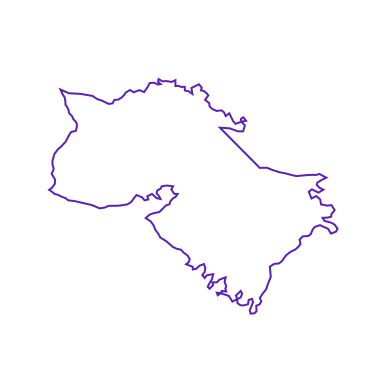 Renascença, Paraná, Brazil, rotated 102°
{"feature_id": "56859067B237930900866", "entity_name": "Renascença", "entity_type": "district", "adm_level": 2, "iso_a3": "BRA", "parent_name": "Brazil", "parent_adm1": "Paraná", "projection": "natural_earth1", "projection_center": [-52.94, -26.22], "detail": "fine", "context": "isolated", "style": "outline", "palette": "violet", "viewbox_px": 384, "rotation_deg": 102, "n_neighbors": 0, "source": "geoboundaries", "source_scale": "gbopen_adm2", "svg_char_len": 3400}
<svg xmlns="http://www.w3.org/2000/svg" viewBox="0 0 384 384"><g transform="rotate(102 192 192)"><path d="M200.7,42.8L197.7,42.0L194.3,45.6L193.1,49.1L192.7,56.4L190.1,58.9L188.9,54.2L187.2,50.7L184.7,51.0L180.0,48.7L175.9,52.8L177.2,57.0L177.3,63.2L172.6,65.1L170.1,69.6L173.5,73.8L170.5,75.8L167.5,77.8L164.5,75.3L166.3,68.1L162.5,64.0L161.3,68.2L159.3,71.3L156.8,71.4L154.2,68.7L150.0,63.6L149.3,66.4L147.9,71.2L149.7,74.6L150.1,77.6L151.8,83.8L154.8,93.4L154.6,99.3L154.3,105.5L154.5,110.2L153.7,118.2L152.7,123.5L154.3,130.8L138.1,155.5L123.3,178.0L122.6,173.6L121.9,168.1L123.1,159.9L122.1,154.7L119.3,154.4L115.9,154.1L113.0,158.3L116.3,163.6L114.2,166.4L107.3,171.9L110.7,174.8L107.5,177.2L106.0,180.2L107.6,184.9L106.6,189.5L104.6,192.6L101.5,193.6L99.1,198.4L94.1,196.1L92.4,198.2L90.8,201.3L90.7,204.4L87.9,204.1L85.2,207.6L90.4,214.2L96.0,212.0L94.2,216.2L94.2,220.1L90.6,220.9L91.5,224.4L91.0,227.2L91.8,230.2L86.1,231.5L88.5,234.6L88.9,240.4L89.9,243.9L88.5,248.1L91.3,248.1L93.0,245.2L94.0,248.0L93.0,251.9L94.2,256.0L98.8,257.3L104.2,259.6L103.3,264.7L106.6,269.8L105.1,273.8L108.6,277.6L111.2,278.5L114.2,280.4L116.9,283.2L118.1,287.1L121.8,288.1L123.2,291.8L122.1,296.1L121.4,299.2L120.8,304.2L118.7,309.3L119.2,321.4L121.0,333.0L119.1,342.0L122.9,339.2L126.0,336.2L129.4,334.8L132.9,333.9L135.2,331.5L138.0,329.6L140.6,328.5L142.5,325.4L145.6,323.0L147.4,320.3L149.5,318.7L153.0,318.1L156.4,318.4L158.5,322.8L162.7,324.3L169.0,326.0L175.5,330.0L178.0,332.0L183.4,334.5L186.9,334.7L190.2,335.0L194.7,334.0L197.7,332.2L200.3,332.3L203.3,333.1L205.9,330.7L208.4,328.5L212.6,327.9L216.9,329.8L219.6,332.2L220.8,329.2L222.6,325.7L222.6,322.4L223.5,319.5L224.4,314.4L225.9,311.2L225.3,304.9L225.6,287.2L227.2,278.8L225.1,273.6L222.9,270.8L221.2,263.0L219.6,257.8L217.4,252.4L214.4,249.4L210.2,247.5L206.5,245.7L207.6,239.7L210.0,236.7L208.4,233.2L205.4,234.8L202.2,230.7L205.4,225.2L205.4,221.4L203.3,222.9L200.7,226.3L197.7,226.3L195.3,223.4L192.8,222.9L190.9,218.0L190.4,211.7L193.6,212.8L197.4,209.2L196.9,205.7L200.3,207.1L202.0,209.2L205.8,211.3L208.7,211.5L210.5,214.7L213.9,216.8L218.3,219.7L221.4,226.4L223.3,229.1L227.2,231.8L229.3,226.4L232.5,222.7L236.4,220.1L240.6,215.6L243.1,213.6L245.4,207.1L248.3,201.9L249.7,199.4L250.7,195.1L250.7,190.9L253.0,187.6L255.1,183.0L258.4,180.2L261.4,180.7L263.9,182.7L264.4,179.9L264.9,175.8L267.6,175.1L266.1,171.8L262.4,169.2L260.0,165.3L263.8,163.1L267.7,163.0L271.0,164.7L273.5,161.7L270.7,160.5L269.4,158.0L268.0,154.1L273.2,154.4L278.0,156.1L281.5,156.9L283.0,154.7L278.6,152.0L276.1,153.3L275.3,149.0L272.0,146.9L268.5,141.4L273.2,141.4L277.1,138.9L279.6,139.3L282.2,137.9L282.6,142.3L285.0,142.9L286.0,134.3L290.8,129.7L289.0,127.6L287.4,125.4L291.0,124.6L292.7,121.3L292.3,118.2L290.2,113.9L285.6,114.1L284.1,111.0L287.3,109.4L295.8,110.9L298.8,109.4L297.7,105.8L295.3,104.1L289.9,105.5L287.8,102.5L284.7,101.5L281.5,103.6L276.2,101.5L271.7,99.2L266.0,98.6L258.7,97.3L248.8,100.3L245.2,96.6L243.8,92.1L241.1,89.8L234.3,86.8L230.1,83.2L226.7,78.9L223.3,76.5L220.4,75.1L216.2,76.8L212.3,74.3L210.9,69.2L208.6,67.1L203.7,66.2L200.8,64.8L197.8,59.9L198.7,56.1L199.6,51.4L203.8,47.4L200.7,42.8ZM287.4,125.4L284.1,127.5L278.7,123.8L281.2,121.8L285.0,122.5L287.4,125.4ZM113.0,158.3L111.1,153.9L108.2,157.4L110.3,159.4L113.0,158.3ZM285.0,142.9L285.3,146.8L287.7,145.3L285.0,142.9Z" fill="none" stroke="#5b21b6" stroke-width="2"/></g></svg>